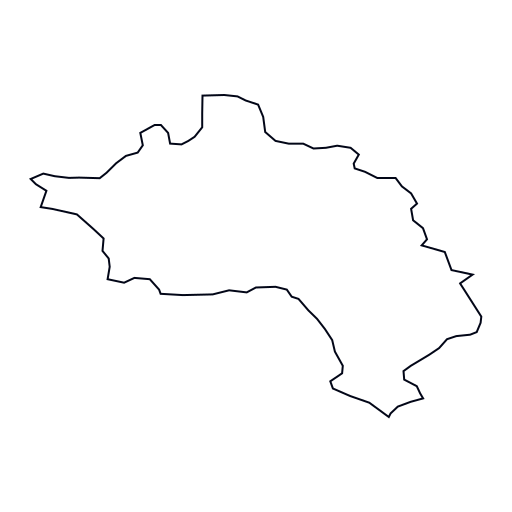 Örebro, Orebro, Sweden (Robinson projection)
{"feature_id": "70781695B32779810801713", "entity_name": "Örebro", "entity_type": "district", "adm_level": 2, "iso_a3": "SWE", "parent_name": "Sweden", "parent_adm1": "Orebro", "projection": "robinson", "projection_center": [15.349, 59.26], "detail": "fine", "context": "isolated", "style": "outline", "palette": "ink", "viewbox_px": 512, "rotation_deg": 0, "n_neighbors": 0, "source": "geoboundaries", "source_scale": "gbopen_adm2", "svg_char_len": 1432}
<svg xmlns="http://www.w3.org/2000/svg" viewBox="0 0 512 512"><path d="M423.1,398.4L420.1,393.3L416.8,386.2L404.2,379.6L403.5,371.1L410.8,365.8L429.3,354.7L439.1,348.1L447.0,339.2L456.3,336.1L470.1,334.7L476.7,332.1L480.6,322.8L481.3,316.6L464.2,289.8L460.2,283.6L460.1,283.4L472.6,274.6L451.5,270.1L444.8,252.0L421.7,245.4L427.0,239.3L423.0,228.2L413.1,220.3L411.1,208.8L417.0,203.6L411.1,193.4L401.9,186.4L395.6,178.0L377.3,178.0L365.0,171.8L354.7,168.4L353.7,163.6L358.8,154.6L350.6,147.8L337.2,145.7L325.9,147.8L313.5,148.5L303.3,143.7L288.9,143.7L275.5,140.9L265.2,132.0L263.2,116.9L258.1,104.6L245.7,100.5L237.5,96.4L224.2,95.0L202.5,95.6L202.2,113.3L202.2,127.3L194.6,136.8L188.2,141.0L181.5,144.4L170.1,143.6L168.1,132.9L160.9,125.0L154.6,125.0L140.3,132.9L142.8,145.3L137.7,152.6L125.9,155.9L116.2,163.2L106.5,172.8L99.7,178.2L79.1,177.6L69.0,177.9L54.7,176.2L43.3,173.6L30.7,179.0L35.9,184.2L46.4,190.8L40.7,207.1L52.2,208.9L76.9,214.4L93.3,228.9L103.6,238.5L102.5,250.9L108.7,258.5L109.7,266.8L107.6,279.2L124.1,282.7L134.4,277.9L149.8,279.2L159.1,289.6L160.6,293.8L182.8,295.1L212.7,294.4L229.1,290.3L246.7,292.4L255.9,287.5L275.5,286.8L286.8,289.6L291.7,296.7L298.5,298.9L308.4,310.4L317.0,318.8L324.9,329.0L332.2,340.1L334.9,351.6L342.8,365.8L342.1,373.3L330.3,381.3L332.9,388.5L350.1,396.0L369.3,402.7L388.8,417.0L390.6,413.4L397.8,406.6L410.7,401.8L423.1,398.4Z" fill="none" stroke="#020617" stroke-width="2"/></svg>